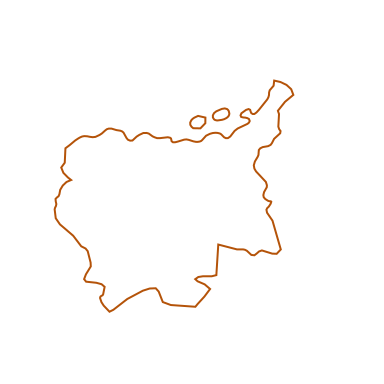 Hautes-Pyrénées, Albers equal-area conic projection, rotated 61°
{"feature_id": "FRA-5305", "entity_name": "Hautes-Pyrénées", "entity_type": "Metropolitan department", "adm_level": 1, "iso_a3": "FRA", "parent_name": "France", "parent_adm1": "", "projection": "albers", "projection_center": [0.066, 43.14], "detail": "fine", "context": "isolated", "style": "outline", "palette": "amber", "viewbox_px": 384, "rotation_deg": 61, "n_neighbors": 0, "source": "natural_earth", "source_scale": "10m", "svg_char_len": 2959}
<svg xmlns="http://www.w3.org/2000/svg" viewBox="0 0 384 384"><g transform="rotate(61 192 192)"><path d="M112.9,295.2L107.2,294.5L104.7,289.1L92.4,281.5L91.7,276.4L90.3,269.1L90.0,265.1L90.0,263.2L90.2,261.2L90.9,259.1L92.5,256.6L94.2,254.6L95.9,252.3L97.0,249.7L97.3,245.2L97.1,242.4L96.1,238.1L95.8,236.1L96.2,234.0L97.6,231.6L101.2,228.1L103.7,224.9L105.2,223.7L106.9,223.1L113.0,223.1L115.2,222.7L117.1,221.2L118.1,219.1L116.7,213.5L116.5,210.3L116.8,206.0L118.4,203.0L119.9,201.5L124.2,199.5L126.0,198.2L128.0,196.4L129.4,193.8L132.4,186.6L133.9,184.9L135.0,184.4L137.7,185.2L139.2,184.6L140.3,182.7L141.0,180.1L142.4,173.5L143.3,171.4L144.8,169.6L148.4,166.2L150.0,164.3L151.0,162.5L151.6,160.8L151.8,159.2L151.5,157.9L149.6,152.4L149.8,148.1L150.5,145.2L151.6,142.7L152.8,140.9L154.3,139.3L155.7,138.5L159.7,137.4L161.3,136.3L162.3,134.4L162.0,131.6L159.2,125.1L158.6,121.2L159.3,110.4L158.9,108.5L157.9,107.1L155.8,106.8L154.2,107.8L152.8,109.3L151.6,111.1L150.2,112.6L148.5,112.4L147.1,110.6L146.4,104.9L146.9,102.3L148.3,101.3L149.9,101.7L151.7,101.9L153.2,101.1L154.0,99.6L153.7,97.1L152.6,93.7L147.5,81.3L146.2,79.3L144.6,77.7L142.3,76.3L140.7,74.7L138.6,69.1L134.4,66.1L138.7,61.3L144.2,57.4L150.2,55.4L156.2,56.3L158.2,66.9L162.6,77.5L166.0,78.1L176.7,84.8L179.3,85.3L181.6,85.0L183.4,86.4L185.3,94.4L188.0,98.4L188.9,100.4L188.8,103.2L187.0,108.4L186.9,111.2L187.7,113.2L191.8,115.9L193.0,117.4L195.8,122.2L198.6,125.0L201.8,126.1L205.1,126.0L219.0,122.5L222.4,123.2L224.1,124.3L227.0,129.0L229.3,131.1L231.4,131.8L233.7,131.3L236.5,129.8L237.7,128.7L238.3,127.6L239.0,127.4L240.4,128.9L242.0,131.9L242.6,134.1L243.6,135.5L246.5,136.4L256.1,135.5L285.3,142.2L287.1,147.9L284.8,151.7L277.0,159.2L276.5,162.2L277.2,165.3L277.6,168.1L275.8,170.6L270.0,172.5L268.2,173.7L267.0,175.1L264.0,180.5L250.7,194.5L276.5,211.0L275.3,215.5L271.0,223.3L269.4,227.7L269.8,231.4L272.8,230.4L278.9,225.7L285.6,223.2L289.5,231.9L292.7,241.4L294.0,244.7L280.6,265.3L274.1,270.9L262.9,269.4L258.6,270.4L255.9,275.8L254.5,282.8L254.2,300.5L256.9,317.9L256.7,322.2L248.6,324.3L244.4,324.6L240.1,323.8L239.1,322.8L238.9,321.6L239.0,320.4L238.5,319.4L232.6,314.4L228.8,315.8L225.0,319.7L219.1,328.1L215.9,328.6L212.6,324.7L208.0,316.6L204.6,314.9L193.2,311.9L189.8,312.5L185.8,315.2L172.7,317.1L156.3,323.2L148.9,323.9L140.5,320.5L139.3,319.3L138.3,317.8L136.8,316.5L134.1,315.7L131.9,314.7L131.3,312.8L131.0,310.8L129.7,309.1L126.2,306.2L123.7,301.9L122.4,296.9L122.9,291.9L119.1,293.5L112.9,295.2ZM133.4,144.2L138.3,147.0L140.4,153.8L136.8,160.0L134.7,160.8L132.4,160.9L130.4,159.9L128.9,157.8L128.3,155.9L128.1,153.9L128.4,149.8L133.4,144.2ZM139.0,120.6L141.5,121.3L142.5,122.1L143.3,123.2L143.8,124.6L144.0,126.2L143.9,128.6L143.4,130.8L141.8,135.0L141.2,135.9L140.5,136.6L139.8,137.2L139.0,137.5L137.0,137.6L135.1,136.6L133.7,134.5L133.2,131.6L133.8,125.6L134.8,122.8L136.5,121.1L137.7,120.7L139.0,120.6Z" fill="none" stroke="#b45309" stroke-width="2"/></g></svg>